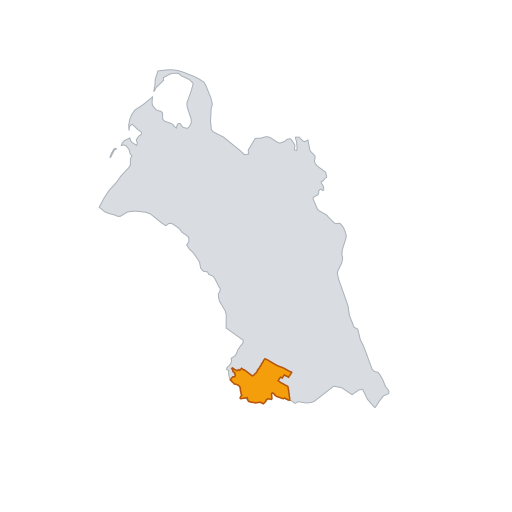 location of Serhetabat, Mary, Turkmenistan, rotated 36°
{"feature_id": "10190150B87689177497329", "entity_name": "Serhetabat", "entity_type": "district", "adm_level": 2, "iso_a3": "TKM", "parent_name": "Turkmenistan", "parent_adm1": "Mary", "projection": "robinson", "projection_center": [62.585, 35.938], "detail": "fine", "context": "in_parent", "style": "filled", "palette": "amber", "viewbox_px": 512, "rotation_deg": 36, "n_neighbors": 0, "source": "geoboundaries", "source_scale": "gbopen_adm2", "svg_char_len": 5614}
<svg xmlns="http://www.w3.org/2000/svg" viewBox="0 0 512 512"><g transform="rotate(36 256 256)"><path d="M159.7,178.9L180.8,180.0L187.2,180.8L190.0,178.0L189.9,177.3L188.9,176.7L187.4,174.7L186.3,161.5L188.2,159.6L190.3,158.3L193.5,154.1L195.1,152.9L197.6,151.8L205.6,151.5L209.0,150.7L212.0,146.0L212.6,143.2L214.9,141.0L216.1,141.1L221.5,143.0L222.7,143.9L224.5,147.4L226.5,147.2L226.8,146.6L226.6,145.8L225.1,143.7L221.7,139.8L218.5,137.3L218.2,136.5L221.1,134.5L226.8,135.4L228.3,134.7L229.8,131.6L237.3,138.7L238.7,139.3L244.7,140.3L245.7,141.2L247.7,145.3L249.7,146.4L252.3,147.2L263.0,147.3L266.3,150.0L266.9,150.7L266.2,152.6L266.0,156.3L265.1,157.7L265.6,158.4L269.4,159.9L271.7,162.3L271.9,163.3L271.2,163.9L269.4,163.6L268.6,164.7L268.5,166.6L269.8,168.4L270.1,170.1L268.3,173.9L268.2,175.5L268.8,176.4L278.4,182.1L280.0,182.3L289.4,181.3L291.1,181.9L299.3,183.2L301.6,183.0L303.2,181.2L304.7,180.4L306.1,180.4L310.0,181.6L314.1,184.0L316.8,186.3L318.2,188.3L321.9,199.6L324.4,204.2L327.3,206.6L329.4,211.0L331.1,220.6L332.3,222.6L336.7,226.4L359.7,242.2L366.6,249.3L377.3,256.0L381.3,255.3L389.7,262.5L395.1,265.2L402.0,269.6L416.5,279.4L419.7,279.8L423.1,278.4L426.2,279.3L431.7,281.8L437.6,285.6L442.6,286.9L444.0,288.6L444.1,289.5L441.4,294.3L441.1,300.4L441.5,308.6L440.1,308.7L430.3,306.4L420.9,301.3L418.7,303.0L417.6,304.7L415.3,311.7L402.8,312.2L395.4,315.6L388.8,338.7L387.3,341.5L383.2,345.3L376.0,349.0L374.9,350.5L374.6,351.9L373.7,352.3L369.7,352.3L354.5,357.3L351.1,357.3L349.8,357.7L349.2,358.6L350.9,363.2L349.5,364.6L348.6,366.8L347.8,370.8L337.8,377.1L335.7,377.8L331.6,377.2L329.6,377.8L327.4,379.8L326.4,379.2L325.9,377.2L324.8,375.9L318.6,370.9L311.4,371.7L308.7,371.3L306.5,370.4L303.2,367.6L301.2,364.8L298.9,365.1L298.3,363.8L298.2,362.3L298.8,360.5L298.7,357.0L297.4,354.5L296.0,353.5L297.6,349.4L297.6,346.5L296.6,343.2L296.3,338.5L296.6,334.0L295.2,331.7L274.1,331.8L266.6,321.2L263.6,318.6L253.1,314.1L250.3,311.7L247.9,309.0L247.4,305.4L246.2,303.3L244.6,302.9L236.4,298.7L233.2,297.6L228.7,298.6L226.0,297.4L222.9,299.1L221.5,299.2L218.2,298.2L214.1,294.3L210.7,292.8L203.4,290.3L198.3,289.6L193.9,288.1L193.4,287.6L193.3,284.3L192.7,283.0L191.5,281.4L189.7,280.2L182.0,280.3L178.4,279.1L175.6,278.8L169.4,279.1L167.4,280.0L166.3,281.0L165.4,284.1L164.8,284.6L158.8,284.7L146.1,284.0L140.7,285.6L132.3,290.4L127.5,294.5L126.0,296.3L123.0,303.5L121.8,304.6L120.1,305.4L118.5,305.6L110.9,308.4L107.9,309.1L100.4,308.7L99.0,298.1L98.6,289.6L99.8,277.9L99.7,270.4L101.2,259.0L100.9,256.2L97.2,251.1L96.8,247.7L94.4,247.5L90.7,244.5L87.0,243.4L85.2,243.3L83.4,244.2L82.1,245.8L81.4,243.2L81.5,240.4L84.6,234.6L86.4,236.3L88.7,237.0L94.4,236.6L93.9,234.6L91.0,232.6L90.6,230.0L90.9,227.3L91.7,224.8L90.9,223.7L89.6,223.1L86.5,223.2L78.4,222.2L77.4,225.2L79.5,229.2L76.0,224.7L73.7,220.0L72.3,214.7L72.3,208.9L75.8,199.5L78.8,188.1L81.6,192.9L83.8,195.0L88.8,196.4L91.2,196.1L93.8,194.8L96.3,195.2L100.1,200.2L102.9,200.7L108.8,198.8L111.6,198.4L113.9,199.3L116.4,199.3L115.4,197.0L115.1,194.7L116.6,193.5L121.1,194.8L124.8,193.5L125.5,192.9L126.0,190.9L125.6,187.0L124.8,185.4L122.8,183.1L114.8,177.5L112.1,175.3L110.0,172.5L106.7,161.1L104.1,153.9L103.0,153.1L98.3,152.5L89.3,154.2L86.1,153.8L84.6,154.6L80.8,157.6L79.0,160.3L76.3,166.2L78.0,168.2L76.2,178.2L76.8,182.5L76.5,182.8L74.0,177.5L70.6,172.2L67.9,164.0L73.5,158.7L78.3,154.9L83.3,152.1L88.5,150.2L100.1,147.2L106.5,146.2L111.7,146.0L115.6,147.8L126.1,154.3L130.6,158.0L131.8,159.5L133.0,163.0L140.5,174.5L142.3,176.1L145.2,179.7L148.1,180.8L159.7,178.9ZM80.3,261.0L80.0,262.5L78.7,257.9L78.2,252.8L79.2,251.4L80.2,251.4L79.1,253.3L80.3,261.0Z" fill="#d9dde1" stroke="#a8b0b8" stroke-width="1"/><path d="M308.9,364.1L309.3,364.6L309.8,366.2L308.3,367.3L308.2,367.4L308.0,371.0L308.0,371.4L309.2,371.5L311.2,371.9L312.6,372.0L313.6,372.4L315.0,371.6L316.6,371.1L318.4,371.0L320.4,371.5L321.4,372.4L322.7,374.3L323.4,374.6L325.0,376.3L326.3,376.8L326.3,378.3L326.3,379.5L326.8,380.4L327.6,380.4L332.0,375.8L334.3,377.5L335.1,377.8L335.9,378.0L336.5,377.4L338.1,377.2L339.3,376.3L340.7,375.7L342.0,375.2L342.6,374.5L345.2,371.9L346.5,371.5L347.8,371.5L348.8,371.3L349.4,367.7L348.8,366.8L349.3,365.7L349.3,364.7L350.3,364.1L352.8,363.0L352.8,362.1L350.3,359.2L349.4,358.2L349.8,357.0L352.4,356.9L353.0,357.5L355.7,357.5L356.8,357.0L361.1,355.8L362.1,355.3L362.7,353.9L364.5,354.0L365.0,353.6L366.6,353.7L368.0,352.8L367.9,352.7L367.0,351.5L366.7,351.1L366.3,350.6L365.5,350.1L364.7,349.2L364.3,348.5L363.7,348.0L363.3,347.6L362.8,347.1L361.3,345.5L358.6,342.9L356.5,343.0L355.0,343.4L353.2,343.4L351.5,343.8L351.4,343.8L347.2,343.9L347.0,339.7L347.6,339.5L348.9,339.3L349.0,339.3L348.9,338.5L348.8,335.5L351.2,335.4L351.3,335.1L353.6,335.0L353.5,333.1L353.5,331.2L353.4,330.5L353.3,329.2L352.5,329.1L352.5,329.3L351.8,329.4L351.1,329.6L349.8,329.8L347.6,330.0L344.2,330.4L338.0,332.1L337.9,332.1L336.2,332.3L334.1,332.6L330.6,332.9L329.9,333.0L328.4,333.1L326.9,333.2L325.4,333.5L323.7,333.8L323.7,334.4L323.5,336.1L323.6,336.6L324.0,337.4L323.9,338.8L323.8,340.1L324.1,340.5L324.3,340.9L324.2,343.0L324.3,343.7L324.5,344.3L324.3,347.7L324.7,348.0L324.8,348.2L324.8,348.4L324.8,350.6L324.5,351.2L324.5,351.9L324.5,352.1L324.2,352.6L324.3,353.8L323.9,354.5L323.7,354.9L323.5,355.1L323.4,355.2L313.5,354.9L313.4,354.9L313.1,355.4L310.5,355.3L310.3,355.3L310.1,358.1L308.9,358.1L308.7,358.1L308.3,359.6L308.2,359.8L307.2,360.1L305.9,360.3L302.8,360.4L302.6,360.4L302.6,361.4L303.9,361.8L305.4,363.1L305.5,363.1L307.2,362.9L307.9,363.9L308.7,363.9L308.9,364.1Z" fill="#f59e0b" stroke="#b45309" stroke-width="1.5"/></g></svg>